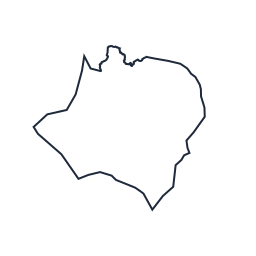 Bayan agt, Bulgan, Mongolia, rotated 153°
{"feature_id": "93677404B8492379559431", "entity_name": "Bayan agt", "entity_type": "district", "adm_level": 2, "iso_a3": "MNG", "parent_name": "Mongolia", "parent_adm1": "Bulgan", "projection": "mercator", "projection_center": [101.968, 49.112], "detail": "fine", "context": "isolated", "style": "outline", "palette": "slate", "viewbox_px": 256, "rotation_deg": 153, "n_neighbors": 0, "source": "geoboundaries", "source_scale": "gbopen_adm2", "svg_char_len": 4481}
<svg xmlns="http://www.w3.org/2000/svg" viewBox="0 0 256 256"><g transform="rotate(153 128 128)"><path d="M211.6,171.8L210.9,163.7L199.3,134.9L198.9,132.1L198.4,128.5L195.2,105.2L184.6,104.2L172.9,101.4L164.2,93.0L162.3,87.2L148.7,71.6L146.0,66.6L144.0,62.6L143.4,44.2L127.8,51.6L114.4,55.1L102.4,73.3L94.9,75.3L90.4,78.2L84.6,77.9L84.0,83.3L81.6,90.3L71.6,94.3L54.5,103.2L50.6,111.5L50.0,114.8L48.6,122.9L45.4,129.6L44.4,134.0L44.8,142.9L47.2,147.7L47.4,149.5L48.2,154.2L49.6,156.8L52.1,161.3L53.5,162.6L61.8,169.6L73.0,178.0L79.3,183.0L79.4,182.9L79.8,182.9L80.0,182.9L80.2,183.0L80.4,183.0L80.7,183.0L81.0,183.0L81.4,183.0L81.7,183.0L82.2,183.1L82.4,183.1L82.8,182.9L83.2,182.8L83.4,182.8L83.6,182.8L83.8,182.9L84.0,182.9L84.2,182.6L84.2,182.4L84.3,182.3L84.4,182.2L84.6,182.1L84.8,182.0L85.1,182.0L85.3,181.9L85.6,181.9L85.8,181.9L86.1,181.9L86.3,182.1L86.6,182.2L86.8,182.3L87.1,182.4L87.3,182.5L87.5,182.7L87.7,183.1L87.8,183.5L87.8,183.9L87.9,184.1L88.1,184.4L88.3,184.6L88.5,184.6L88.8,184.5L89.0,184.4L89.5,184.4L89.7,184.5L90.0,184.5L90.3,184.5L90.5,184.5L90.8,184.4L91.0,184.3L91.4,184.3L91.6,184.3L91.8,184.3L92.0,184.4L92.5,184.3L93.0,184.2L93.2,183.9L93.2,183.5L93.2,183.3L93.3,183.1L93.4,182.8L93.6,182.5L93.9,182.4L94.2,182.3L94.7,182.2L95.1,182.2L95.3,182.1L95.5,182.0L95.8,181.8L96.0,181.6L96.4,181.5L96.5,181.6L96.7,181.8L96.8,182.1L96.9,182.4L97.1,182.7L97.1,183.0L97.2,183.4L97.2,183.8L97.2,184.0L96.8,184.1L96.6,184.0L96.2,183.9L95.8,183.8L95.9,184.2L96.0,184.5L96.2,184.8L96.3,184.9L96.7,184.8L97.2,184.7L97.5,184.7L97.8,184.7L98.0,184.7L98.5,184.6L98.9,184.7L99.0,184.8L99.2,185.1L99.4,185.2L99.7,185.4L99.8,185.5L100.0,185.6L100.4,185.7L100.6,185.8L100.8,186.1L100.9,186.3L100.9,186.5L100.8,186.8L100.7,187.1L100.7,187.3L100.8,187.5L101.0,187.8L101.3,188.0L101.5,188.2L101.5,188.3L101.5,188.5L101.4,188.6L101.3,188.9L101.2,189.1L101.2,189.4L101.2,189.6L101.1,189.9L100.9,190.0L100.7,190.1L100.2,190.2L99.9,190.2L99.7,190.3L99.6,190.6L99.5,191.2L99.4,191.5L99.2,191.8L98.9,192.1L98.7,192.2L98.5,192.4L98.4,192.6L98.4,192.9L98.4,193.2L98.4,193.3L98.3,193.5L98.1,193.7L98.0,193.9L98.0,194.1L97.9,194.3L98.0,194.4L98.0,194.6L98.2,194.8L98.2,195.0L98.3,195.3L98.4,195.6L98.4,195.8L98.6,195.9L98.7,196.0L99.0,196.0L99.3,196.0L99.5,196.2L99.5,196.3L99.5,196.5L99.5,196.9L99.5,197.0L99.8,197.3L100.0,197.5L100.1,197.8L99.9,198.0L99.8,198.3L100.0,198.5L100.4,198.5L100.5,198.5L100.8,198.7L100.8,198.8L100.7,198.9L100.6,199.1L100.5,199.3L100.5,199.6L100.3,200.0L100.2,200.2L100.2,200.3L100.2,200.5L100.3,200.7L100.3,200.9L100.2,201.1L100.0,201.4L99.9,201.5L99.8,201.8L99.9,202.0L99.9,202.4L99.9,202.5L99.6,202.7L99.3,202.8L99.5,203.0L99.8,203.2L99.8,203.4L99.9,203.6L100.1,203.8L100.5,204.0L100.7,204.4L100.8,204.6L100.9,204.8L101.0,205.0L101.4,205.0L101.6,205.1L101.8,205.3L101.9,205.5L102.0,205.9L102.2,206.2L102.3,206.3L102.5,206.3L102.8,206.3L103.0,206.3L103.3,206.4L103.5,206.6L103.9,206.8L104.2,207.0L104.5,207.3L104.6,207.5L104.8,207.8L104.9,208.1L105.1,208.3L105.3,208.4L105.6,208.5L105.8,208.6L106.0,208.7L106.3,208.9L106.5,209.0L106.8,208.9L107.1,208.9L107.3,209.0L107.5,209.1L107.9,209.3L108.1,209.3L108.3,209.3L108.5,209.3L108.6,209.1L108.8,208.9L109.0,208.8L109.3,208.8L109.5,208.8L109.7,208.5L109.8,208.3L109.9,208.0L110.0,207.9L110.1,207.6L110.3,207.4L110.5,207.1L110.7,206.8L110.8,206.5L110.9,206.2L111.1,206.1L111.3,205.8L111.4,205.5L111.6,205.0L111.8,204.7L112.0,204.5L112.2,204.3L112.4,204.1L112.6,203.8L112.9,203.5L113.1,203.3L113.3,203.2L113.6,202.9L113.8,202.6L113.9,202.4L113.9,202.2L113.8,201.9L113.6,201.6L113.4,201.4L113.3,201.1L113.3,200.9L113.5,200.7L113.9,200.2L114.1,200.0L114.4,199.8L114.6,199.7L115.0,199.5L115.3,199.3L115.7,199.0L116.0,198.7L116.4,198.5L116.8,198.5L117.1,198.5L117.4,198.4L117.8,198.4L118.2,198.4L118.5,198.3L118.8,198.5L119.1,198.5L119.4,198.5L119.8,198.5L120.0,198.4L120.4,198.4L120.6,198.5L120.9,198.6L121.5,198.6L121.8,198.5L122.0,198.4L122.1,198.1L122.2,197.9L122.2,197.7L122.4,197.5L122.5,197.4L122.9,197.5L123.2,197.5L123.4,197.6L123.8,197.6L124.1,197.6L124.3,197.5L124.4,197.4L124.5,197.2L124.5,196.7L124.6,196.2L124.7,195.9L124.8,195.5L125.0,195.3L125.2,195.1L125.6,194.8L125.7,194.6L125.7,194.4L125.7,194.2L125.7,193.9L125.8,193.7L125.8,192.5L125.8,192.3L125.8,191.9L125.9,191.7L126.2,191.4L126.4,191.1L126.7,191.2L128.2,192.6L134.3,198.0L134.3,201.1L134.4,211.8L135.8,209.9L139.5,204.7L143.1,199.8L159.4,181.7L174.4,171.9L193.7,176.8L211.6,171.8Z" fill="none" stroke="#1e293b" stroke-width="2"/></g></svg>